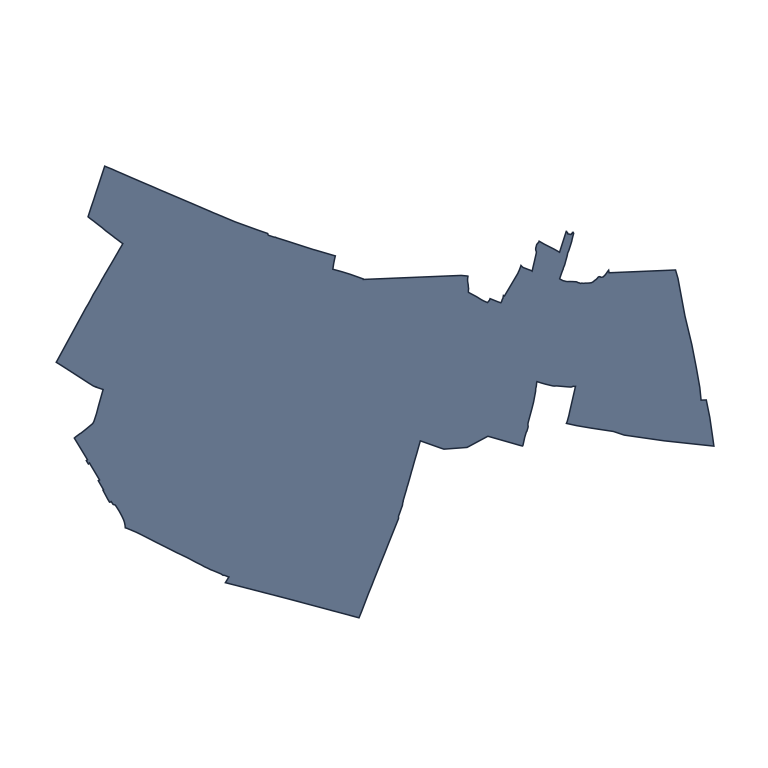 Poiana Mare, Dolj, Romania (Equal Earth projection), rotated 267°
{"feature_id": "2599482B19436472970368", "entity_name": "Poiana Mare", "entity_type": "district", "adm_level": 2, "iso_a3": "ROU", "parent_name": "Romania", "parent_adm1": "Dolj", "projection": "equal_earth", "projection_center": [23.107, 43.895], "detail": "fine", "context": "isolated", "style": "filled", "palette": "slate", "viewbox_px": 768, "rotation_deg": 267, "n_neighbors": 0, "source": "geoboundaries", "source_scale": "gbopen_adm2", "svg_char_len": 6030}
<svg xmlns="http://www.w3.org/2000/svg" viewBox="0 0 768 768"><g transform="rotate(267 384 384)"><path d="M304.7,710.2L315.2,709.3L333.7,707.6L351.2,705.0L351.3,699.8L364.0,699.2L383.6,696.8L407.1,693.5L436.2,688.1L473.4,683.2L473.7,683.2L482.6,681.1L483.3,614.6L485.9,614.3L484.8,613.3L483.2,612.1L481.6,610.8L480.5,609.6L479.5,608.5L479.3,607.6L479.2,607.1L479.2,606.7L479.2,606.2L479.4,605.9L479.7,605.6L479.8,605.4L479.9,605.2L479.9,604.9L479.9,604.5L479.8,604.3L479.8,604.1L479.7,603.8L479.6,603.6L479.2,603.2L478.6,602.7L478.0,602.1L477.6,601.6L477.2,601.2L477.0,600.8L476.6,600.1L476.1,599.4L475.5,598.7L475.1,598.2L474.8,597.5L474.3,596.5L474.1,594.1L474.1,592.2L474.1,591.6L474.2,591.0L474.2,590.4L474.2,589.9L474.1,589.3L474.1,588.3L474.2,587.6L474.4,587.0L474.4,586.7L474.3,586.3L474.2,586.0L474.1,585.8L474.1,585.5L474.2,585.4L474.3,585.2L474.4,584.9L474.6,584.7L474.7,584.4L474.8,584.1L474.9,583.6L475.1,583.2L475.2,582.9L475.2,582.7L475.7,582.2L476.0,581.4L476.1,580.8L476.2,579.7L476.5,576.9L476.5,575.8L476.7,575.1L476.6,574.4L476.7,573.5L476.6,573.1L476.7,572.4L476.8,572.0L476.9,571.0L477.3,570.1L477.8,568.2L479.5,565.4L479.9,564.9L486.3,567.5L488.1,568.3L489.5,569.0L490.5,569.2L491.5,569.7L493.1,570.5L493.9,570.8L495.1,571.2L496.4,571.6L502.0,573.5L504.3,574.1L505.2,574.3L507.5,575.5L512.7,577.5L516.8,579.0L518.5,579.4L522.1,580.5L524.5,581.3L525.6,580.8L525.5,580.1L524.6,579.9L524.3,579.2L523.8,578.9L523.6,578.7L523.7,578.4L523.6,578.2L523.6,577.8L523.7,577.7L523.8,577.6L523.8,577.4L524.1,576.6L524.1,576.0L524.2,575.6L524.4,575.3L524.8,575.3L525.6,575.2L526.0,574.7L526.3,574.4L526.4,574.2L526.9,574.2L527.3,574.2L527.5,574.2L506.4,566.2L509.8,560.9L515.2,551.5L518.5,546.4L518.2,546.3L517.1,545.6L516.6,544.9L515.3,543.8L515.1,543.7L513.8,543.3L513.4,543.2L512.9,543.0L512.3,542.8L511.7,542.6L511.1,542.6L510.6,542.5L509.6,542.6L508.9,542.8L508.1,543.1L507.5,543.0L507.0,543.0L498.6,540.6L492.1,538.7L490.8,538.4L489.0,537.8L489.1,537.7L489.7,536.7L490.3,535.3L490.7,534.3L492.2,531.0L492.7,529.8L493.3,528.7L494.1,527.9L495.2,527.0L493.2,526.2L490.3,524.9L488.7,524.0L487.7,523.6L465.6,508.9L466.2,507.9L463.2,507.2L462.4,506.6L461.5,506.2L460.4,505.9L459.0,504.9L460.1,502.1L463.7,494.4L462.1,493.7L461.9,493.5L461.4,493.0L459.9,491.6L460.1,491.2L461.8,487.8L463.2,485.5L466.3,481.1L470.8,473.6L471.0,473.3L471.2,473.1L473.3,473.2L474.7,473.5L476.6,473.3L478.4,473.3L482.0,472.9L483.1,472.9L484.7,473.0L487.2,473.5L487.3,473.5L487.5,472.8L488.4,466.8L489.5,368.8L490.0,368.8L495.3,356.1L498.1,348.5L499.6,344.1L500.5,341.3L501.3,338.9L507.1,340.1L511.7,341.3L514.5,342.1L514.9,340.8L521.2,322.9L522.0,320.4L527.3,306.5L531.4,295.8L535.7,284.3L535.7,284.2L535.8,284.1L536.0,283.8L536.1,283.7L536.2,283.3L536.4,282.9L536.4,282.6L536.4,282.4L536.3,282.2L536.5,281.7L538.1,277.6L538.2,277.3L538.3,276.9L538.7,276.3L539.3,275.9L540.0,275.8L540.3,275.8L540.5,275.5L544.4,265.9L553.8,243.7L559.5,231.9L564.4,221.6L564.5,221.5L572.4,205.5L577.6,194.9L580.1,189.8L585.9,177.9L589.6,170.3L592.4,164.8L596.5,156.4L599.1,151.1L603.5,142.2L606.3,136.6L610.5,128.1L612.6,124.1L615.2,118.5L616.2,116.5L614.9,116.0L608.2,113.4L600.2,110.3L594.5,108.1L592.3,107.2L586.8,105.1L583.6,103.9L575.2,100.5L574.1,100.1L566.5,97.2L566.3,97.3L566.1,97.6L564.9,98.9L563.7,100.3L561.8,102.7L560.5,104.1L558.7,106.2L556.8,108.4L554.7,110.9L553.5,112.1L551.4,114.3L549.1,117.1L547.2,119.3L546.5,120.2L544.9,122.0L543.7,123.3L543.3,123.9L541.2,126.4L540.0,127.8L538.5,129.6L537.9,130.5L536.0,129.4L533.2,127.5L531.4,126.3L528.8,124.7L527.5,123.8L520.7,119.4L517.5,117.3L515.3,115.8L512.7,114.1L510.4,112.6L508.1,111.0L505.5,109.4L502.3,107.2L501.8,107.1L501.0,106.5L499.0,105.3L496.3,103.6L493.3,101.6L492.2,100.8L488.4,98.2L485.6,96.6L483.9,95.6L482.2,94.6L480.0,93.2L479.3,92.8L476.0,90.5L443.8,70.7L425.7,59.6L424.2,58.7L422.9,57.8L422.3,58.6L418.1,64.6L399.9,89.8L398.9,91.3L398.0,92.5L397.2,93.7L396.7,94.8L396.2,96.3L396.0,96.1L393.2,103.2L377.6,97.9L369.4,95.3L361.7,92.3L359.7,91.0L354.9,84.6L350.7,78.7L350.5,78.1L347.8,74.0L347.1,73.0L346.4,72.2L346.2,71.9L323.9,83.9L323.1,82.7L319.6,84.6L320.5,85.8L319.6,86.2L303.1,94.9L302.4,93.6L293.0,98.4L292.7,97.8L291.1,98.5L283.6,102.0L280.4,103.7L280.3,104.2L280.9,105.4L278.9,106.6L278.0,107.1L277.8,107.4L277.4,108.8L277.0,109.4L275.0,110.6L270.7,113.0L265.6,115.4L262.1,116.8L259.7,117.5L256.5,118.0L253.9,118.1L253.8,118.4L253.6,119.1L249.0,128.7L246.9,132.5L237.8,148.2L233.5,155.8L226.5,168.0L221.0,178.2L215.7,187.0L212.8,192.2L211.1,194.8L210.7,195.5L209.5,197.9L207.5,201.4L206.8,203.1L204.8,207.3L202.8,211.4L201.4,213.2L201.4,213.5L201.3,214.2L201.2,214.9L201.0,215.4L200.8,215.8L199.7,218.1L199.4,219.0L193.9,215.2L175.2,274.7L151.8,346.8L157.9,349.7L175.5,357.5L184.4,361.7L188.5,363.5L206.6,371.9L215.1,375.9L225.2,380.5L248.7,391.4L249.4,391.6L250.3,391.5L251.3,391.6L254.5,393.0L260.1,395.3L261.1,395.8L262.4,396.2L263.5,396.3L264.9,396.7L266.1,397.1L266.6,397.1L272.6,399.2L274.3,399.8L275.4,400.2L277.3,400.9L279.1,401.4L280.3,401.8L281.4,402.3L287.8,404.5L292.3,406.0L293.5,406.4L295.1,406.9L297.5,407.8L305.6,410.5L313.2,413.2L317.4,414.6L325.3,417.3L323.7,421.2L317.1,437.1L315.8,440.4L316.3,463.6L326.3,484.8L326.3,485.1L326.2,485.4L326.1,485.9L319.4,505.4L318.0,509.5L315.7,516.1L314.8,519.0L315.0,519.3L315.4,519.5L316.0,519.7L320.3,520.9L323.3,521.7L328.6,523.6L328.8,523.8L329.1,524.1L329.6,524.3L332.4,525.3L333.7,525.7L334.2,525.7L334.6,525.7L335.3,525.6L336.4,525.6L337.3,525.8L338.1,526.0L351.5,530.4L358.0,532.4L368.7,535.0L370.4,535.2L371.2,535.2L371.9,535.4L372.8,535.7L373.9,536.0L377.2,536.5L378.4,536.9L376.8,541.1L375.3,545.5L373.3,552.3L373.1,553.4L373.0,554.3L373.1,556.0L371.6,566.7L371.2,570.2L371.2,570.4L371.2,570.7L371.2,571.1L371.3,571.3L371.3,571.5L371.6,572.1L371.7,572.3L371.8,572.6L371.8,573.1L371.7,573.6L371.6,574.0L371.6,575.1L346.4,567.9L343.0,567.0L337.0,565.0L335.1,564.1L332.3,574.3L329.1,588.6L324.6,610.6L320.4,621.2L312.6,660.8L308.0,689.4L304.7,710.2Z" fill="#64748b" stroke="#1e293b" stroke-width="1.5"/></g></svg>